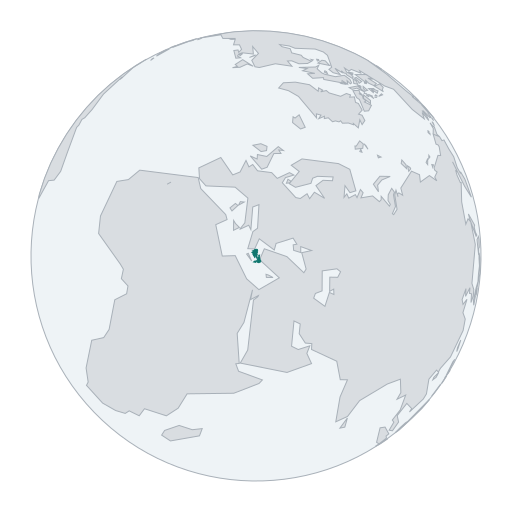 Notio Aigaio highlighted on a globe, orthographic projection, rotated 46°
{"feature_id": "GRC-3013", "entity_name": "Notio Aigaio", "entity_type": "Region", "adm_level": 1, "iso_a3": "GRC", "parent_name": "Greece", "parent_adm1": "", "projection": "orthographic", "projection_center": [25.984, 36.675], "detail": "fine", "context": "on_globe", "style": "filled", "palette": "teal", "viewbox_px": 512, "rotation_deg": 46, "n_neighbors": 0, "source": "natural_earth", "source_scale": "10m", "svg_char_len": 14376}
<svg xmlns="http://www.w3.org/2000/svg" viewBox="0 0 512 512"><g transform="rotate(46 256 256)"><circle cx="256" cy="256" r="225" fill="#eef3f6" stroke="#a8b0b8"/><path d="M179.4,44.1L179.5,44.1L187.7,41.3L192.3,39.9L215.4,35.8L242.8,33.2L251.4,31.9L249.6,33.0L265.7,31.2L280.5,32.1L263.8,31.5L262.1,31.9L272.2,32.4L272.7,33.0L277.8,33.8L277.4,34.7L267.7,34.9L267.3,35.6L274.4,36.0L278.6,37.6L268.2,36.8L274.3,39.7L259.2,41.8L231.6,41.2L223.2,45.3L194.6,52.7L197.2,53.6L188.0,57.8L187.5,60.6L182.3,61.7L186.5,63.0L191.3,61.5L194.7,61.7L194.9,63.4L188.3,65.0L187.2,64.3L185.4,65.7L182.1,65.9L183.8,66.7L175.8,68.8L183.9,69.4L177.7,73.2L172.4,73.9L172.8,70.4L161.3,65.2L156.1,65.8L148.2,69.7L133.7,83.6L128.0,86.2L120.3,92.1L123.5,91.9L130.6,87.4L134.7,89.2L143.0,84.0L145.9,84.2L154.5,80.8L153.3,85.2L147.5,91.6L140.3,94.8L137.6,97.9L144.5,98.3L131.2,108.5L122.7,122.7L119.2,125.3L112.3,123.1L112.0,113.5L103.0,112.9L108.9,117.6L100.2,124.8L98.8,128.0L99.3,130.4L102.7,129.4L99.7,133.1L92.8,129.2L95.3,125.8L97.5,126.9L97.3,122.8L92.6,121.2L88.5,125.5L85.7,120.4L82.7,123.6L80.5,124.6L85.3,119.6L76.5,128.7L72.5,127.6L60.4,144.8L72.2,126.5L76.3,120.4L80.3,115.0L80.2,115.2L91.7,101.8L104.3,89.4L117.8,78.1L132.2,67.8L147.3,58.7L163.1,50.8L179.4,44.1ZM38.3,198.1L38.0,199.4L36.3,206.3L38.3,198.1ZM35.8,208.6L37.0,204.4L35.1,213.3L34.8,227.3L34.2,228.5L33.6,253.2L36.8,272.3L37.6,283.2L36.8,286.3L38.8,292.5L38.9,295.7L50.5,319.8L59.4,337.7L61.2,348.5L57.7,352.9L63.7,372.4L61.1,369.0L53.3,354.4L46.6,339.2L41.1,323.5L36.7,307.5L33.5,291.2L31.5,274.7L30.7,258.1L31.2,241.5L32.9,225.0L35.8,208.6ZM58.5,147.6L57.4,149.7L48.0,171.1L50.2,164.6L50.3,164.5L53.4,157.7L58.0,148.5L58.2,148.2L58.5,147.6ZM60.3,146.4L61.7,143.5L60.8,145.7L60.3,146.4ZM192.0,40.0L194.3,39.3L187.9,41.3L184.5,42.4L192.0,40.0ZM208.9,35.9L206.0,36.6L202.4,37.2L205.2,36.6L208.9,35.9ZM257.4,31.3L252.0,31.4L257.1,31.2L257.4,31.3ZM278.6,33.8L279.9,33.7L282.0,34.2L278.6,33.8ZM154.6,78.7L154.5,79.7L152.9,79.8L154.6,78.7ZM158.3,76.4L156.6,75.7L158.1,74.5L159.2,75.0L158.3,76.4ZM283.4,36.1L286.3,37.3L281.6,36.1L283.4,36.1ZM160.2,77.5L161.0,72.6L163.7,70.6L170.1,70.7L160.2,77.5ZM286.9,38.0L294.1,41.3L297.7,41.1L291.4,43.9L287.4,39.9L281.1,38.3L285.7,38.6L286.9,38.0ZM192.7,60.4L187.6,62.0L191.7,59.2L192.7,60.4ZM194.5,58.5L202.2,50.5L209.9,49.3L205.7,52.0L215.5,49.6L215.4,52.8L210.1,54.9L205.1,55.0L208.9,56.3L194.5,58.5ZM286.8,45.2L287.1,46.3L284.9,45.3L286.8,45.2ZM196.4,61.6L197.2,59.9L203.9,58.7L203.4,61.8L201.4,61.2L196.4,61.6ZM218.1,47.5L223.0,47.3L224.3,49.9L226.3,50.2L216.1,52.8L218.1,47.5ZM200.0,62.3L202.9,63.5L199.9,65.8L195.9,63.2L200.0,62.3ZM205.9,57.1L209.0,56.7L207.1,57.9L205.9,57.1ZM191.0,75.0L191.9,72.6L195.5,71.7L191.0,75.0ZM204.2,63.9L205.3,63.1L206.8,62.6L208.0,63.9L204.2,63.9ZM217.7,54.6L217.2,55.8L222.0,53.6L223.1,55.7L216.1,57.2L219.6,57.5L220.0,58.1L213.8,58.7L217.7,54.6ZM213.9,63.7L205.3,66.8L202.9,71.1L199.6,72.0L204.2,64.9L213.9,63.7ZM214.4,60.6L213.3,62.6L209.8,62.5L208.4,61.1L214.4,60.6ZM226.4,56.8L226.5,53.1L228.0,53.0L226.4,56.8ZM213.9,64.9L215.9,64.2L214.1,65.2L213.9,64.9ZM223.4,59.2L223.2,57.9L224.9,57.7L223.4,59.2ZM220.2,64.0L217.5,64.9L216.4,63.8L220.2,64.0ZM222.2,61.8L224.7,61.9L217.7,62.9L221.8,61.2L222.2,61.8ZM225.0,59.3L226.0,58.7L224.9,59.9L225.0,59.3ZM225.9,67.7L217.3,69.2L214.9,66.7L223.6,65.6L225.9,67.7ZM119.2,340.1L105.7,304.3L112.4,294.7L113.5,280.0L159.4,243.1L169.1,248.9L205.2,249.0L209.7,251.5L205.5,263.2L232.6,280.3L241.3,270.7L265.9,278.6L282.2,277.3L287.9,254.4L261.2,256.0L256.6,245.0L277.9,234.2L301.3,233.2L300.2,229.0L285.4,220.8L290.7,212.2L280.3,217.3L284.6,221.4L278.1,225.0L273.8,221.5L275.9,218.4L268.9,216.9L260.9,232.8L264.4,238.7L245.9,241.7L250.0,252.1L245.0,256.8L236.3,241.3L237.1,235.6L221.1,218.2L218.5,224.3L233.5,241.4L228.8,239.9L225.5,249.3L224.4,241.0L208.7,221.6L192.0,223.2L170.8,243.3L161.1,242.9L152.9,235.9L160.7,212.9L181.5,216.4L184.5,209.1L180.3,196.8L187.0,199.2L187.9,194.8L195.8,195.7L206.9,186.8L214.9,186.8L219.3,174.0L224.1,172.5L220.1,180.3L221.6,186.2L241.6,186.8L245.4,184.2L246.7,176.0L252.0,177.6L250.7,169.7L262.2,166.6L247.0,164.0L248.1,155.2L255.0,148.7L252.7,145.6L241.4,156.4L239.4,161.2L241.9,166.0L234.0,179.9L227.1,181.8L225.2,166.2L215.2,167.6L218.1,155.5L246.8,132.5L258.8,128.3L278.5,138.9L275.7,144.4L267.2,143.1L275.0,152.0L274.4,147.5L278.8,149.1L280.9,141.9L284.2,142.8L280.7,134.7L284.9,135.0L287.1,140.1L293.8,130.4L302.6,129.5L302.5,126.9L300.0,124.5L312.8,125.4L312.2,123.5L307.8,122.5L303.8,118.3L301.6,111.4L306.2,112.1L307.5,114.6L317.3,121.3L320.3,128.5L321.9,128.2L320.4,122.1L308.5,113.8L305.9,109.6L312.1,112.7L309.6,111.2L309.8,109.4L314.2,108.3L307.7,104.6L303.0,85.2L311.1,81.9L317.0,86.4L318.6,75.4L327.5,73.7L323.4,72.6L321.4,67.4L318.6,67.8L316.5,66.9L310.0,55.2L312.0,53.4L304.6,48.3L302.5,47.9L300.6,48.8L291.4,43.9L297.7,41.1L302.2,42.1L303.1,40.2L313.2,43.0L321.9,44.8L332.3,49.9L338.3,51.4L338.0,50.5L345.9,52.4L363.3,60.2L350.7,57.5L324.8,49.2L335.5,52.6L333.5,53.1L337.6,55.3L345.1,58.0L345.7,57.4L360.0,70.5L378.9,83.0L376.5,77.6L380.6,77.8L400.0,90.2L425.7,119.7L431.5,122.7L435.5,127.2L438.8,133.7L432.9,127.2L431.2,128.4L427.4,124.1L430.6,133.3L425.3,127.6L430.5,138.0L434.6,140.7L433.7,134.3L440.5,146.5L446.7,149.3L453.5,158.8L463.7,186.2L464.9,201.4L466.2,205.4L463.5,205.4L464.7,217.2L473.6,229.2L475.1,235.0L474.8,254.0L473.9,250.0L466.8,249.9L468.9,265.3L474.5,268.8L476.5,279.3L473.8,281.2L471.3,272.3L468.7,271.9L466.9,259.2L460.0,244.9L457.0,254.1L454.9,246.7L444.9,237.7L439.3,250.5L432.0,281.9L435.0,301.6L430.7,313.8L415.8,293.5L408.6,276.2L403.5,281.3L387.8,271.0L361.8,281.0L357.8,276.7L352.9,281.0L341.9,278.9L335.6,271.4L329.1,273.8L345.6,293.1L352.6,290.6L358.0,279.7L361.4,287.1L372.0,290.8L361.3,314.6L322.1,341.7L317.9,327.3L285.9,288.4L286.6,283.3L286.5,282.7L286.1,281.7L283.6,290.2L277.9,282.0L295.4,310.8L298.6,323.3L321.6,342.7L319.5,345.4L326.8,348.6L349.6,337.5L349.8,342.4L339.3,367.3L307.3,401.3L311.4,417.7L308.7,431.5L288.4,442.3L289.8,451.0L279.3,454.8L278.4,459.4L269.7,464.3L255.3,468.5L231.3,467.8L230.1,464.3L218.5,456.0L202.5,432.7L208.9,422.2L206.8,412.7L189.4,388.0L193.3,375.3L188.6,368.9L178.8,368.6L173.4,360.6L167.5,359.2L130.5,353.6L119.2,340.1ZM143.8,265.8L142.6,270.1L143.8,265.8ZM326.4,243.8L340.1,241.4L333.2,228.5L337.8,226.7L333.8,223.1L332.6,227.6L322.5,217.6L328.1,212.0L326.1,206.1L321.4,206.7L312.7,218.7L327.0,232.7L324.2,239.3L326.4,243.8ZM34.9,227.7L34.5,231.4L34.3,229.1L34.9,227.7ZM48.8,167.5L47.6,170.5L46.4,173.5L47.0,171.8L48.8,167.5ZM42.7,191.7L42.1,196.0L42.0,193.3L42.7,191.7ZM46.9,174.3L43.1,188.8L43.0,184.9L45.7,176.0L44.8,179.7L46.9,174.3ZM57.6,150.4L56.4,152.9L55.7,154.0L57.6,150.4ZM59.7,148.1L59.9,147.6L61.1,145.3L59.7,148.1ZM100.6,125.0L101.1,125.4L100.9,128.3L99.4,128.0L100.6,125.0ZM109.1,136.5L104.2,142.1L106.7,137.6L103.8,137.9L105.5,129.2L117.6,126.2L111.8,128.9L109.1,136.5ZM111.1,117.4L108.6,122.8L110.8,117.1L111.1,117.4ZM184.8,171.9L187.5,175.2L184.4,179.8L174.2,181.3L178.6,174.5L184.8,171.9ZM191.9,179.1L192.8,164.0L199.2,163.0L195.5,166.0L199.6,166.8L194.7,172.0L199.9,186.4L197.5,191.6L180.0,190.6L187.0,187.8L184.0,184.5L191.9,179.1ZM183.9,132.1L184.4,126.9L197.6,131.2L195.6,135.7L185.4,137.0L181.6,132.6L183.9,132.1ZM171.2,79.1L170.6,77.8L172.4,77.2L174.4,77.9L171.2,79.1ZM191.1,73.9L176.1,84.6L174.5,83.6L167.5,91.8L160.8,92.3L165.5,86.8L155.1,93.8L156.7,89.0L150.1,94.2L161.4,81.9L162.4,78.3L163.8,82.0L170.0,81.5L173.0,80.3L182.2,74.3L187.4,66.9L194.3,65.8L197.9,67.0L197.7,68.5L193.2,68.7L196.2,70.7L189.6,72.2L191.1,73.9ZM235.2,88.4L230.1,86.7L234.9,93.4L228.3,93.9L229.3,94.7L224.6,97.1L220.5,101.6L217.5,101.2L217.2,103.1L214.0,105.0L212.6,107.7L206.8,108.0L204.6,111.4L203.0,109.7L200.8,115.5L199.8,111.4L195.7,113.8L198.8,116.5L170.7,114.6L159.6,117.8L150.9,123.0L150.4,116.0L158.3,106.9L170.0,98.5L180.7,96.8L178.5,94.2L183.0,92.8L182.9,95.4L185.8,90.5L189.5,90.1L199.9,84.2L201.9,78.1L205.8,76.1L206.8,78.3L209.9,74.7L214.6,77.7L217.4,76.4L224.8,78.3L225.2,83.7L228.4,81.9L234.2,83.6L235.2,88.4ZM227.8,68.3L229.8,74.1L227.1,77.5L215.3,72.9L212.1,73.6L204.4,71.4L208.4,66.8L210.2,67.8L212.9,67.7L210.6,69.2L214.5,68.0L217.1,69.5L220.9,69.1L220.5,71.0L227.8,68.3ZM214.9,247.4L218.4,248.2L223.9,248.1L221.9,254.3L214.9,247.4ZM203.9,234.3L207.1,233.9L206.9,242.0L203.3,241.3L203.9,234.3ZM209.0,227.0L207.3,233.2L206.0,229.5L209.0,227.0ZM223.0,179.7L226.4,178.9L226.7,180.9L224.8,183.6L223.0,179.7ZM248.1,110.4L245.6,108.4L246.6,107.5L245.2,101.5L249.9,101.0L252.7,104.4L248.1,110.4ZM283.3,258.7L278.6,263.4L276.1,261.5L278.3,260.3L283.3,258.7ZM248.7,259.7L256.6,262.6L248.1,261.4L248.7,259.7ZM253.0,108.8L251.9,106.4L255.0,107.7L253.0,108.8ZM253.3,100.3L257.0,101.3L250.3,100.3L253.3,100.3ZM346.1,421.6L329.6,446.0L319.3,448.3L318.0,442.9L324.5,429.0L336.7,422.5L342.8,414.6L346.1,421.6ZM477.9,294.7L477.2,298.3L475.8,302.2L476.7,297.6L478.9,288.5L479.0,288.2L477.9,294.7ZM476.6,298.0L473.8,298.7L465.8,286.1L468.7,282.0L476.2,284.0L475.9,287.5L477.6,288.7L476.6,298.0ZM480.6,273.8L480.3,276.1L479.8,278.7L479.6,271.2L479.8,264.5L480.4,261.5L479.6,231.5L479.9,231.5L480.9,242.7L480.9,243.8L480.6,273.8ZM436.0,302.8L440.8,311.0L438.1,315.2L436.0,302.8ZM477.0,214.4L478.8,226.9L476.4,212.3L477.0,214.4ZM474.2,202.2L475.3,205.7L474.5,204.0L474.2,202.2ZM468.4,210.7L467.9,214.9L466.8,212.3L466.7,205.4L468.4,210.7ZM458.7,167.1L462.8,174.8L464.2,178.0L462.0,174.9L458.7,167.1ZM292.0,104.2L288.7,112.7L289.5,119.3L294.9,123.3L285.9,121.7L284.7,111.5L292.0,104.2ZM301.2,87.3L296.4,84.4L299.3,83.7L300.8,84.2L301.2,87.3ZM297.7,87.0L290.3,87.3L288.2,84.4L294.5,84.7L297.7,87.0ZM271.7,97.3L270.4,99.8L267.9,98.6L271.7,97.3ZM475.8,206.4L476.7,210.7L474.8,202.2L475.2,204.2L475.8,206.4ZM476.3,209.4L475.3,205.2L475.0,203.3L476.3,209.4ZM473.5,197.3L473.1,195.7L473.2,196.2L473.5,197.3ZM472.5,196.4L473.7,198.3L474.0,202.1L468.9,188.1L468.4,184.8L472.5,196.4ZM437.3,125.2L434.5,122.3L432.6,119.0L435.1,121.9L437.3,125.2ZM423.9,106.8L431.2,117.2L436.6,126.3L437.3,126.1L442.7,133.6L439.2,130.7L431.9,119.9L428.6,114.1L423.6,108.6L418.4,102.2L412.5,97.1L408.7,93.3L413.1,96.3L423.9,106.8ZM410.0,95.2L397.8,85.7L396.4,82.5L398.7,83.8L404.9,89.4L405.3,90.7L410.0,95.2ZM394.4,82.6L394.7,84.0L377.3,76.3L373.3,74.0L385.7,77.3L386.7,78.9L391.2,81.6L394.4,82.6ZM289.4,46.3L287.3,46.3L288.4,45.6L289.4,46.3ZM315.0,67.3L312.3,66.0L313.7,65.0L315.0,67.3ZM305.6,62.1L305.9,64.0L303.6,61.7L305.6,62.1ZM306.9,68.7L305.1,64.7L309.5,69.0L306.9,68.7Z" fill="#d9dde1" stroke="#a8b0b8" stroke-width="1"/><path d="M263.1,256.9L263.1,257.1L263.0,257.3L262.9,257.4L262.9,257.6L262.8,257.8L262.7,257.8L262.6,258.1L262.6,258.3L262.4,258.3L262.2,258.5L262.0,258.8L261.9,258.9L261.7,259.0L261.6,258.9L261.6,258.5L261.6,258.3L261.5,258.1L261.4,258.0L261.7,257.8L261.8,257.5L262.1,257.3L262.8,256.9L263.0,256.9L263.1,256.9ZM254.6,253.9L254.7,254.0L254.8,254.2L254.7,254.6L254.6,254.8L254.3,255.0L254.2,254.8L254.1,254.6L254.0,254.4L254.4,254.1L254.5,254.0L254.6,253.9ZM252.9,251.7L252.8,251.9L252.8,252.0L252.7,251.9L252.6,251.7L252.4,251.5L252.3,251.4L252.2,251.3L252.1,251.2L252.0,250.9L252.3,250.8L252.5,251.1L252.8,251.1L252.8,251.4L252.9,251.5L252.9,251.7ZM259.9,260.5L260.0,260.6L259.8,260.7L259.8,260.8L259.7,261.0L259.7,260.9L259.6,260.7L259.6,260.4L259.5,260.2L259.7,259.8L259.7,259.7L259.7,259.4L259.8,259.4L260.0,259.3L259.9,259.5L259.9,259.8L259.7,260.1L259.8,260.2L260.0,260.4L259.9,260.5ZM260.1,255.1L260.3,255.2L259.9,255.4L259.6,255.6L259.3,255.6L259.2,255.7L259.2,255.8L259.1,256.0L259.0,255.9L258.9,255.8L259.0,255.6L259.4,255.3L259.7,255.1L260.1,255.1ZM253.3,252.5L253.1,252.3L252.9,252.2L253.1,252.0L253.3,252.1L253.5,252.2L253.7,252.3L253.6,252.6L253.3,252.5ZM253.8,254.5L253.6,254.7L253.5,254.8L253.4,254.8L253.2,254.7L253.3,254.5L253.4,254.4L253.7,254.1L253.8,254.2L253.7,254.4L253.8,254.4L253.7,254.5L253.8,254.5ZM251.2,255.7L251.4,255.6L251.5,255.7L251.5,255.9L251.3,256.0L250.9,256.0L250.8,255.9L250.9,255.6L251.0,255.7L251.0,255.8L251.1,255.7L251.2,255.7ZM251.0,252.0L250.8,252.6L250.7,252.6L250.7,252.2L250.8,252.1L251.0,252.0ZM256.1,255.0L256.3,255.1L256.1,255.1L255.8,255.3L255.7,255.5L255.3,255.6L255.2,255.5L255.3,255.6L255.6,255.5L255.6,255.4L256.0,255.1L255.9,255.0L256.1,255.0ZM258.9,254.9L259.0,254.8L259.0,254.6L258.9,254.5L258.8,254.4L259.1,254.5L259.3,254.7L259.3,254.9L259.2,254.9L259.1,255.0L258.9,254.9ZM253.8,255.8L253.7,255.8L253.7,255.6L253.9,255.5L254.0,255.7L254.2,255.8L254.1,256.0L253.8,255.8ZM251.0,253.1L251.2,252.8L251.3,253.1L251.2,253.2L251.2,253.3L250.9,253.5L251.0,253.3L251.1,253.2L251.0,253.1ZM257.2,256.1L257.4,256.2L257.5,256.4L257.4,256.4L257.2,256.4L257.2,256.5L256.9,256.5L256.9,256.4L257.0,256.3L257.3,256.3L257.2,256.1ZM254.2,253.1L253.9,253.1L253.9,252.9L254.0,252.7L254.1,252.9L254.4,252.9L254.4,253.0L254.2,253.0L254.2,253.1ZM252.0,254.6L252.1,254.8L252.0,255.1L251.9,254.8L251.9,254.7L252.0,254.6ZM252.8,253.0L252.6,253.3L252.6,253.1L252.6,252.9L252.6,252.7L252.8,252.8L252.8,253.0ZM254.1,256.8L254.4,257.0L254.4,257.3L254.2,257.3L254.0,257.2L254.3,257.1L254.2,256.9L254.1,256.8ZM251.2,254.0L251.3,253.9L251.5,254.0L251.4,254.1L251.3,254.3L251.3,254.2L251.2,254.2L251.2,254.0ZM262.0,256.1L262.0,256.4L261.9,256.4L262.0,256.5L261.9,256.5L261.9,256.4L261.7,256.4L261.8,256.3L261.6,256.3L261.7,256.2L261.9,256.1L262.0,256.1ZM260.5,256.9L260.4,257.0L260.5,257.0L260.4,257.1L260.3,256.9L260.2,257.0L260.2,256.9L260.3,256.7L260.5,256.9ZM259.0,260.9L259.3,260.8L259.3,261.0L259.1,261.0L258.9,261.2L258.9,260.9L259.0,260.9ZM258.8,254.1L258.8,254.3L258.7,254.3L258.7,254.2L258.6,253.9L258.7,254.0L258.8,254.1ZM253.4,255.8L253.5,255.8L253.2,256.1L253.2,255.9L253.4,255.8ZM251.7,255.3L251.6,255.5L251.4,255.4L251.5,255.3L251.7,255.3ZM257.8,253.2L257.9,253.4L257.8,253.5L257.7,253.5L257.7,253.3L257.8,253.2ZM259.8,256.2L259.9,256.3L259.7,256.4L259.8,256.2ZM255.2,257.1L255.3,257.1L255.6,257.2L255.6,257.3L255.5,257.2L255.2,257.2L255.2,257.1ZM252.5,256.0L252.8,256.3L252.7,256.3L252.4,256.1L252.5,256.0ZM253.2,254.9L253.0,254.7L253.1,254.8L253.2,254.9ZM260.9,257.7L261.2,257.7L261.2,257.8L260.9,257.8L260.9,257.7ZM252.1,252.2L252.1,252.4L251.9,252.3L252.1,252.2L252.1,252.2ZM251.7,255.5L251.8,255.6L251.7,255.6L251.7,255.5ZM254.2,255.4L254.3,255.3L254.4,255.2L254.4,255.3L254.2,255.4ZM254.8,255.2L255.1,255.1L254.8,255.2ZM255.5,254.3L255.4,254.3L255.4,254.2L255.5,254.2L255.5,254.3Z" fill="#14b8a6" stroke="#0f766e" stroke-width="1.5"/></g></svg>